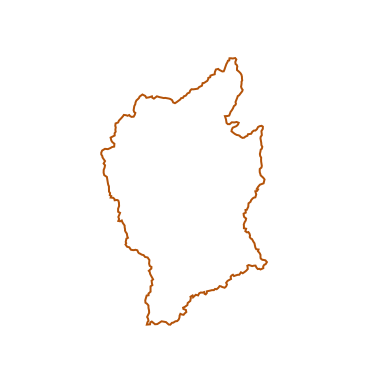 Dom Feliciano, Rio Grande do Sul, Brazil (orthographic projection), rotated 214°
{"feature_id": "56859067B48713778457520", "entity_name": "Dom Feliciano", "entity_type": "district", "adm_level": 2, "iso_a3": "BRA", "parent_name": "Brazil", "parent_adm1": "Rio Grande do Sul", "projection": "orthographic", "projection_center": [-52.217, -30.609], "detail": "fine", "context": "isolated", "style": "outline", "palette": "amber", "viewbox_px": 384, "rotation_deg": 214, "n_neighbors": 0, "source": "geoboundaries", "source_scale": "gbopen_adm2", "svg_char_len": 5307}
<svg xmlns="http://www.w3.org/2000/svg" viewBox="0 0 384 384"><g transform="rotate(214 192 192)"><path d="M231.1,327.2L232.8,325.5L234.4,324.7L235.7,323.8L234.7,321.9L235.6,320.9L235.2,319.3L235.1,317.5L234.2,314.0L233.5,311.5L233.2,309.8L234.3,308.9L237.8,308.5L239.1,308.7L240.7,306.9L240.1,304.2L239.0,302.3L240.7,300.3L241.8,298.8L241.1,297.3L242.3,295.7L241.6,294.4L241.5,292.6L242.2,291.1L242.9,289.3L244.1,288.2L243.2,285.7L244.8,282.9L245.0,280.9L246.8,279.2L248.4,277.8L249.9,276.9L250.2,275.1L249.7,273.0L250.9,271.2L251.0,268.5L252.3,266.7L252.1,265.1L253.5,263.7L253.5,262.1L255.0,257.9L255.8,256.1L257.7,255.7L259.8,257.0L261.7,257.0L263.0,256.7L264.9,255.9L266.9,255.0L267.9,254.1L270.2,253.2L271.9,252.5L274.6,251.7L275.8,248.1L277.7,248.0L278.7,248.9L280.5,246.5L282.5,244.6L284.5,245.5L287.6,245.1L288.8,241.8L288.5,240.4L288.8,238.7L289.3,236.8L288.9,234.7L288.1,233.0L287.9,231.0L286.1,227.1L284.7,226.0L283.2,225.9L282.6,223.8L282.5,221.8L284.1,220.5L285.6,220.3L287.1,220.7L288.0,219.2L289.6,218.8L291.6,217.8L291.6,216.2L291.9,213.7L292.5,210.3L292.1,208.4L293.7,206.1L292.6,203.9L291.4,203.0L290.3,200.7L289.0,199.3L289.0,197.4L287.7,195.6L289.9,191.6L287.6,189.5L285.9,188.8L283.3,188.6L281.9,186.1L283.4,184.6L284.3,182.7L285.7,180.5L288.3,179.1L289.7,176.1L289.2,173.8L288.2,172.4L286.4,171.6L285.5,170.6L283.0,169.6L281.4,169.0L281.2,166.2L279.0,165.5L278.1,163.3L277.6,161.0L276.0,158.5L274.2,156.9L271.0,156.9L266.3,151.9L265.3,151.0L264.1,150.3L261.0,145.9L259.3,145.3L258.4,143.4L256.7,143.5L256.3,141.9L254.1,143.1L252.5,142.9L251.5,141.9L249.7,143.5L248.3,143.7L246.7,142.4L244.6,139.6L243.9,136.8L242.2,134.3L240.0,134.5L239.5,132.3L239.1,130.1L237.3,128.8L236.9,126.8L235.2,127.5L234.3,129.1L232.6,127.9L230.9,127.2L229.1,126.5L228.1,125.1L226.7,123.7L225.9,122.5L224.5,121.7L222.8,121.1L220.8,119.0L219.5,118.2L220.3,116.7L219.7,115.2L219.0,113.5L217.9,112.8L217.8,111.3L215.2,110.3L213.0,111.1L210.5,110.0L209.3,110.4L207.8,111.2L206.5,112.5L204.7,113.1L202.7,111.8L201.5,111.6L200.3,111.9L198.8,111.9L196.8,112.6L194.6,111.9L192.2,112.9L189.2,111.7L187.5,108.6L185.7,107.1L183.7,107.2L182.9,105.8L183.7,102.5L182.5,102.2L180.8,100.6L179.1,99.7L175.4,97.8L175.9,95.9L173.9,93.6L172.8,92.7L173.6,90.6L171.6,87.6L170.6,86.2L171.3,83.5L170.3,82.1L171.7,80.8L170.2,76.1L168.7,74.2L166.9,74.2L164.7,73.6L163.2,71.5L161.4,69.8L160.0,67.9L159.3,63.3L157.6,62.4L156.1,60.9L156.1,59.1L155.3,56.8L152.8,58.8L153.6,60.7L152.9,62.1L148.7,61.7L146.9,63.1L144.9,67.8L140.8,69.6L137.2,69.1L135.8,69.9L135.5,72.3L134.4,73.3L133.5,75.5L132.1,76.7L131.7,78.9L132.2,80.9L133.2,82.7L133.5,84.5L131.8,84.8L130.3,85.5L130.2,87.1L129.6,89.3L131.1,90.8L133.7,90.2L134.7,91.1L133.7,92.8L132.6,95.6L133.5,97.6L132.5,100.7L133.7,103.5L134.7,104.3L133.7,106.5L132.2,105.3L131.4,108.9L129.1,109.7L129.4,112.0L128.5,113.6L126.9,114.5L126.0,115.8L124.6,114.6L123.4,114.8L123.2,116.5L124.2,117.9L121.8,120.4L120.6,121.8L119.0,122.9L118.7,124.5L117.2,125.2L116.6,127.3L116.5,129.4L115.2,130.0L113.9,130.1L111.4,130.9L110.9,132.8L111.3,134.9L112.9,135.8L112.8,138.2L111.7,140.4L111.0,141.7L112.6,143.4L112.5,144.9L111.8,146.3L110.2,145.8L109.1,147.3L107.9,148.8L106.5,149.9L106.5,152.8L104.5,153.0L103.6,155.3L103.0,157.2L102.7,159.4L103.6,160.5L104.9,161.8L104.1,163.2L102.2,163.8L100.7,164.2L99.4,165.6L98.2,166.5L96.3,165.4L94.4,164.9L93.2,166.0L91.9,166.1L91.0,167.5L90.3,168.7L91.4,170.2L91.4,172.1L90.6,173.3L90.7,175.8L92.9,176.4L94.5,175.8L95.8,175.1L97.9,175.3L98.9,176.4L100.0,178.1L101.5,179.0L102.7,179.4L104.2,179.8L104.7,181.5L106.7,180.5L108.3,181.3L110.1,183.0L111.5,184.4L113.2,185.1L114.6,185.8L115.9,186.5L117.4,186.3L119.0,187.0L119.5,188.3L121.2,189.7L122.9,190.3L123.8,189.3L125.8,189.3L126.6,191.8L128.7,191.0L129.9,192.8L130.9,194.0L131.5,196.4L131.5,198.3L132.3,200.3L134.6,200.4L135.8,201.3L137.1,202.9L135.9,205.0L137.6,207.0L136.6,207.9L136.9,209.8L137.1,211.2L138.8,214.2L138.0,216.6L138.4,218.3L138.1,220.7L137.5,222.0L136.5,223.0L137.4,225.9L139.9,228.0L138.6,229.4L138.7,231.1L140.0,230.8L140.1,233.1L139.8,236.0L137.5,239.2L138.9,243.0L141.0,243.7L142.4,243.9L144.4,244.2L145.5,245.2L146.8,246.2L147.8,247.5L148.7,249.0L148.1,251.1L148.7,252.7L150.2,254.3L151.7,255.9L153.0,257.7L153.9,259.2L155.6,260.0L157.0,261.5L157.9,263.8L158.7,265.6L158.3,266.9L159.0,268.8L160.7,269.7L162.0,271.4L163.8,273.3L165.2,274.7L165.9,276.1L165.9,278.2L167.3,279.9L168.5,281.3L168.6,283.9L169.8,285.8L171.3,285.8L172.8,284.3L173.6,282.7L173.3,280.4L173.8,278.4L175.0,277.6L175.7,275.7L175.5,273.4L176.5,272.4L177.9,271.2L177.5,269.6L178.7,267.8L179.1,266.3L180.4,265.1L182.8,264.9L184.0,265.3L185.5,264.9L186.9,264.3L189.1,264.1L193.2,264.4L193.9,265.9L194.2,268.1L192.0,271.5L191.6,273.7L192.0,275.5L194.2,275.0L195.6,273.5L198.0,272.0L198.7,269.3L200.2,268.3L202.0,268.6L204.4,271.2L207.1,273.3L205.0,274.9L203.9,276.2L204.3,278.0L204.8,279.9L204.7,282.1L204.8,284.2L205.3,286.6L204.7,288.4L204.9,289.7L206.2,290.9L206.7,293.1L207.2,295.5L207.7,297.1L207.0,298.5L206.9,300.6L206.7,303.6L207.1,305.0L208.7,305.6L210.2,306.7L210.8,308.1L211.6,309.7L212.6,311.1L212.8,312.6L214.1,314.1L215.0,315.4L216.5,316.8L218.2,317.6L220.0,318.0L222.9,318.3L224.0,319.9L224.7,321.5L226.1,322.4L227.5,322.5L228.8,324.0L229.4,326.7L231.1,327.2Z" fill="none" stroke="#b45309" stroke-width="2"/></g></svg>